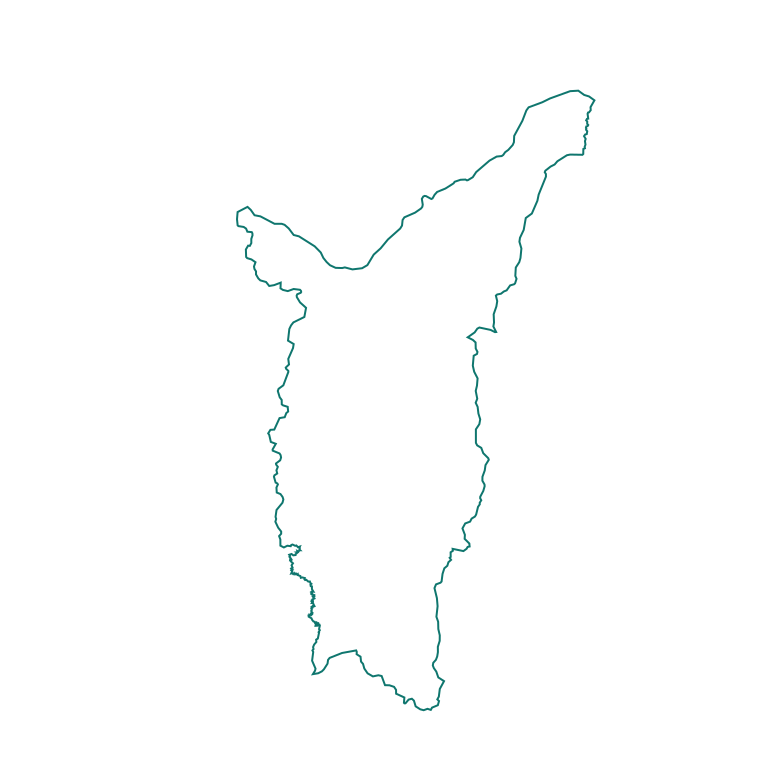 outline of Pak Chom, Loei, Thailand, rotated 8°
{"feature_id": "78962969B8993470391858", "entity_name": "Pak Chom", "entity_type": "district", "adm_level": 2, "iso_a3": "THA", "parent_name": "Thailand", "parent_adm1": "Loei", "projection": "orthographic", "projection_center": [101.94, 17.928], "detail": "fine", "context": "isolated", "style": "outline", "palette": "teal", "viewbox_px": 768, "rotation_deg": 8, "n_neighbors": 0, "source": "geoboundaries", "source_scale": "gbopen_adm2", "svg_char_len": 6144}
<svg xmlns="http://www.w3.org/2000/svg" viewBox="0 0 768 768"><g transform="rotate(8 384 384)"><path d="M341.2,597.2L343.0,599.4L341.6,599.4L340.8,600.2L341.7,600.8L341.1,602.0L341.7,602.5L342.7,602.2L343.7,603.1L344.4,602.8L344.6,603.7L343.5,603.7L343.0,604.4L344.9,606.1L343.3,607.1L343.7,608.5L342.5,608.4L342.4,609.3L343.6,609.8L343.1,610.9L344.2,610.7L345.2,612.6L344.8,613.1L345.6,613.0L346.1,613.7L343.4,615.1L344.1,615.7L343.3,616.5L344.0,617.7L343.5,618.9L344.4,620.0L344.0,620.7L345.0,620.7L345.0,621.8L344.2,622.8L343.7,622.1L342.9,623.0L342.2,622.9L342.4,623.6L341.5,623.8L341.8,624.9L344.8,626.1L345.7,627.6L347.2,629.0L348.4,629.1L348.9,630.1L350.3,629.4L350.8,630.2L352.0,630.0L352.0,630.8L349.9,630.9L349.8,633.0L352.1,632.5L353.6,631.3L354.1,632.1L353.8,635.8L354.7,636.7L353.8,638.8L354.3,639.1L353.9,645.3L352.4,646.6L352.9,648.9L351.1,651.7L350.4,654.4L351.1,656.3L350.2,657.8L351.2,659.2L351.3,668.0L355.8,675.4L355.6,677.5L354.0,681.2L359.1,679.6L362.5,677.2L364.2,674.9L367.0,668.8L367.0,665.0L368.3,662.8L379.9,656.2L393.5,651.7L394.3,653.0L394.5,655.4L398.7,657.3L399.9,662.1L402.2,664.1L404.1,668.5L408.0,672.8L413.7,675.1L419.0,673.2L422.3,673.5L426.9,682.1L431.3,681.6L436.1,682.5L438.5,685.2L439.1,689.0L447.8,691.6L448.1,696.9L448.7,697.4L449.7,697.2L452.3,693.1L455.4,691.8L457.7,693.4L460.2,698.8L465.2,701.1L468.7,701.5L472.3,699.6L475.7,700.2L476.6,697.8L482.0,694.6L482.6,690.3L480.7,688.9L481.8,686.0L481.7,678.2L484.8,669.9L478.6,667.0L475.8,661.5L472.9,658.4L471.5,655.9L471.6,653.2L473.8,649.9L474.6,646.4L474.7,642.0L473.9,636.8L474.9,630.6L474.2,625.1L471.9,619.1L470.7,611.9L468.3,607.2L468.0,596.6L466.2,588.7L462.4,579.1L463.4,575.2L467.6,572.9L468.5,571.6L468.4,563.9L469.4,558.1L472.0,555.2L472.6,551.5L474.9,548.8L473.2,547.0L474.1,546.0L473.4,541.4L475.4,539.6L474.9,537.7L485.9,538.4L488.7,535.7L489.5,533.7L491.4,533.0L490.7,530.1L485.4,526.1L485.1,522.1L481.8,516.1L483.8,510.8L488.4,508.3L489.5,505.1L492.5,502.6L493.4,500.5L494.2,492.6L495.6,489.8L495.3,488.3L496.5,485.6L495.1,483.7L495.0,482.2L497.2,476.1L497.9,471.2L497.5,469.5L494.9,466.1L494.4,462.2L495.8,455.6L495.8,450.2L498.3,444.5L497.6,443.0L491.9,438.7L489.2,433.7L484.8,431.8L483.2,429.5L481.3,416.1L484.0,410.5L484.2,405.6L481.6,400.1L479.9,393.6L477.4,389.8L478.4,385.6L475.8,378.1L476.3,372.7L475.9,365.4L471.6,359.3L469.4,353.5L468.9,343.5L471.9,341.3L472.1,339.2L469.9,336.1L468.9,330.1L465.9,328.0L460.4,326.1L466.6,320.3L468.7,316.2L470.6,314.8L482.0,315.6L486.7,317.2L487.8,316.9L484.3,311.8L484.4,307.8L482.9,299.7L484.5,291.5L484.6,286.2L482.5,280.9L483.6,279.6L487.3,278.3L489.8,275.7L492.4,274.2L495.2,268.8L499.0,267.1L499.8,266.1L500.6,261.4L499.0,258.7L498.3,250.3L501.0,244.5L501.6,240.2L501.2,230.7L498.3,224.3L498.3,220.3L500.9,212.0L501.3,199.9L506.7,194.6L510.4,181.2L510.8,174.9L515.5,156.1L515.1,153.5L513.7,151.9L514.1,150.3L518.7,145.5L522.4,142.9L524.7,139.3L533.3,132.0L536.4,130.9L548.6,129.4L549.3,128.5L548.7,123.5L550.2,122.6L549.7,121.3L550.2,118.9L549.2,115.5L549.6,113.2L547.6,110.7L548.5,108.9L550.0,108.3L550.1,105.4L548.7,104.1L548.9,103.1L548.3,102.3L548.5,100.8L549.7,100.3L550.2,99.1L549.0,98.1L548.7,95.7L547.5,94.8L548.1,93.2L549.3,92.8L548.0,88.1L548.3,86.8L549.2,86.5L550.6,84.1L550.0,81.1L552.9,73.8L547.0,70.7L542.0,69.9L535.6,66.5L527.6,68.1L508.7,78.1L501.5,83.0L488.7,89.9L486.9,93.3L484.4,104.1L478.4,120.2L479.0,126.5L478.2,129.4L474.5,134.9L471.7,137.6L470.2,140.6L468.8,141.9L463.9,143.1L457.4,148.1L445.8,161.3L443.1,166.9L438.8,170.4L437.8,170.8L436.2,170.2L431.4,171.1L425.8,173.9L425.0,175.6L417.6,181.9L409.9,186.4L407.8,189.5L406.2,193.5L405.1,194.2L399.5,192.1L398.0,192.1L396.8,192.9L395.7,195.4L397.4,201.0L397.3,203.2L396.3,205.0L390.9,210.0L381.0,216.1L379.6,219.0L379.8,224.6L378.4,227.8L367.8,240.3L361.8,250.1L355.8,257.3L351.0,268.6L346.2,272.4L336.8,274.9L329.0,274.0L326.4,275.0L319.9,275.7L314.0,273.9L310.2,271.2L306.4,267.6L303.1,262.6L296.2,257.3L279.2,249.6L273.8,249.0L268.0,243.2L263.4,240.2L260.4,239.6L253.3,240.6L238.3,235.2L232.3,234.9L227.8,230.1L224.2,227.6L215.1,234.1L215.5,241.3L217.0,247.3L217.9,247.9L223.2,248.0L225.8,249.3L227.5,252.2L231.9,252.0L232.7,253.1L233.1,255.0L232.4,258.8L233.0,262.9L231.9,265.9L230.2,265.9L228.5,270.0L229.8,277.4L231.0,278.4L235.4,279.1L239.8,281.3L238.9,285.7L239.7,288.1L241.6,290.3L242.0,293.3L244.8,296.9L247.1,298.6L253.0,299.4L256.7,302.9L261.4,301.4L267.6,298.0L268.2,303.7L270.8,304.9L275.8,305.4L281.3,302.5L287.7,302.4L288.8,303.3L289.2,304.4L288.8,305.3L285.6,307.2L285.2,308.6L285.6,310.1L289.5,314.9L296.2,319.4L295.8,328.7L285.7,335.6L283.8,338.9L282.6,342.7L282.9,354.4L289.0,357.0L288.9,361.1L285.7,372.5L287.2,377.9L284.4,381.4L284.9,382.5L287.4,384.3L287.6,385.4L284.5,399.3L280.3,403.4L279.8,405.7L282.6,411.7L284.9,414.0L285.6,418.4L287.0,419.2L291.8,420.0L292.9,424.6L291.3,426.4L290.3,430.7L285.3,432.3L281.7,444.4L277.9,445.2L276.2,449.0L277.4,450.3L280.0,457.1L285.2,458.3L282.8,464.3L283.1,465.5L290.2,467.3L291.5,468.8L292.3,471.1L291.8,474.0L288.1,477.7L288.4,478.8L290.4,480.8L289.5,484.4L290.7,487.5L288.2,489.7L287.9,491.1L290.4,496.7L292.2,497.3L292.9,498.2L291.9,501.5L292.9,506.4L296.8,507.4L299.3,510.0L300.4,512.3L300.0,515.7L295.1,523.7L295.1,530.7L296.0,532.6L295.6,535.5L299.2,541.0L302.7,544.4L303.0,546.6L301.3,549.2L303.0,552.4L303.9,558.5L307.6,559.8L310.8,557.6L314.2,557.6L314.6,556.3L315.8,555.7L318.6,556.6L319.7,556.1L321.5,557.6L323.3,556.7L322.9,558.0L323.5,558.3L323.3,559.6L324.2,560.3L323.4,560.4L322.7,561.8L321.4,561.4L321.9,562.5L320.9,562.8L321.7,563.1L320.1,564.9L320.2,565.7L318.0,566.3L316.1,565.2L313.9,566.3L314.9,567.4L314.4,568.3L315.5,569.2L315.5,570.9L316.4,570.2L317.0,570.9L316.4,572.6L318.8,574.2L317.7,576.4L319.1,578.7L317.8,579.6L318.4,580.1L318.2,580.8L318.9,580.9L318.3,581.5L319.2,582.0L318.5,584.5L319.4,584.1L320.5,584.9L321.3,583.7L322.4,584.9L323.2,583.9L324.5,584.9L325.1,584.2L325.6,585.3L327.9,585.8L328.6,587.5L330.1,586.9L332.6,587.2L332.4,588.5L333.2,589.1L334.3,588.7L336.5,590.2L338.1,589.9L338.6,591.1L339.9,592.0L339.1,592.9L339.6,594.4L340.8,594.5L341.2,597.2Z" fill="none" stroke="#0f766e" stroke-width="2"/></g></svg>